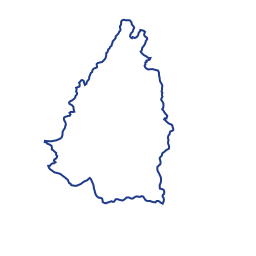 Ladainha, Minas Gerais, Brazil, rotated 132°
{"feature_id": "56859067B31112130253713", "entity_name": "Ladainha", "entity_type": "district", "adm_level": 2, "iso_a3": "BRA", "parent_name": "Brazil", "parent_adm1": "Minas Gerais", "projection": "natural_earth1", "projection_center": [-41.833, -17.606], "detail": "fine", "context": "isolated", "style": "outline", "palette": "blue", "viewbox_px": 256, "rotation_deg": 132, "n_neighbors": 0, "source": "geoboundaries", "source_scale": "gbopen_adm2", "svg_char_len": 4533}
<svg xmlns="http://www.w3.org/2000/svg" viewBox="0 0 256 256"><g transform="rotate(132 128 128)"><path d="M161.0,51.6L159.8,52.1L158.7,52.4L157.4,53.2L156.2,54.7L155.7,56.5L154.7,57.3L152.8,57.1L151.2,58.3L150.3,59.6L150.3,61.1L151.0,62.5L151.7,63.7L150.9,64.6L149.5,66.1L147.4,66.9L145.7,67.7L144.0,69.2L142.8,70.4L142.0,72.2L141.0,74.5L140.3,76.6L139.6,78.0L138.5,79.1L137.0,80.2L135.3,80.0L133.5,79.7L131.7,80.8L130.6,82.2L129.5,84.1L128.4,84.5L127.3,84.4L125.6,84.5L123.9,85.6L121.6,85.1L120.1,84.9L118.7,84.8L117.3,84.2L115.9,83.8L114.7,84.6L113.5,86.2L112.8,87.7L111.4,89.0L109.9,89.8L109.2,90.9L108.2,92.1L106.5,92.9L104.9,92.9L103.4,93.9L102.0,94.2L100.6,93.3L99.2,93.0L98.2,94.0L97.5,95.4L96.3,97.1L96.7,98.9L97.3,100.5L97.5,102.4L97.3,105.0L97.4,106.9L96.1,107.1L95.1,105.8L93.9,106.5L92.6,107.0L92.4,109.3L92.0,111.5L91.4,113.3L91.1,115.2L89.6,115.3L88.3,116.1L87.1,117.1L86.0,118.2L85.3,120.1L84.8,122.3L83.2,123.1L81.6,123.4L81.0,124.6L80.1,125.5L78.9,125.9L78.5,127.4L77.2,128.0L76.2,128.9L75.2,129.7L74.2,130.3L73.2,131.4L72.5,133.3L71.9,135.3L70.8,136.8L69.5,138.1L68.7,139.4L67.5,140.7L66.2,142.0L65.2,144.0L66.4,146.3L67.3,148.1L67.9,149.3L69.2,150.6L70.6,151.7L71.3,153.1L71.5,154.4L71.3,156.1L70.6,157.4L69.0,157.6L67.7,159.0L66.4,158.4L65.6,159.4L64.4,158.6L62.7,157.6L61.0,158.2L62.2,159.4L62.5,161.2L62.6,162.8L63.2,164.8L63.2,166.8L63.1,168.2L62.8,169.7L61.5,169.7L60.2,170.1L59.2,171.0L57.7,171.2L56.1,171.2L54.4,171.6L52.9,172.1L51.7,172.9L50.4,173.0L49.2,173.2L48.2,174.4L48.5,176.1L48.4,177.8L47.0,179.1L45.2,179.6L45.2,181.4L46.2,183.2L46.8,184.4L48.2,183.8L49.7,183.8L51.1,183.2L52.5,182.5L54.8,182.4L56.6,183.2L57.3,185.3L58.6,185.1L58.9,186.5L58.4,187.9L57.0,188.7L55.6,189.1L53.4,189.0L52.1,189.4L51.1,190.1L49.4,190.4L48.8,191.8L48.5,194.5L47.3,195.8L46.7,198.3L47.7,200.0L48.9,201.1L49.7,202.2L50.3,203.4L51.7,204.4L53.5,204.3L54.8,203.1L56.2,202.2L58.0,202.0L58.9,200.9L59.7,199.5L61.0,198.9L62.3,199.0L63.5,198.5L65.0,198.3L66.8,198.4L68.3,198.4L69.4,197.4L70.9,197.3L72.5,197.3L74.0,197.3L75.1,196.5L76.3,196.2L77.8,195.3L79.8,195.5L81.4,194.9L82.6,195.3L84.2,194.5L85.7,194.0L87.0,194.3L87.9,193.4L89.1,192.4L90.5,191.8L91.7,191.3L93.5,191.3L96.4,191.4L97.6,192.5L98.7,193.1L100.1,194.0L101.4,194.1L102.3,193.2L103.5,191.7L104.9,192.1L106.0,192.9L107.6,193.3L109.0,193.0L110.3,192.1L112.2,192.4L114.4,191.5L116.0,191.0L117.1,190.0L118.2,189.6L119.6,189.6L121.4,189.4L123.2,188.4L124.8,188.8L124.0,190.5L122.7,192.4L122.9,194.0L123.9,194.7L125.5,194.5L127.0,194.7L128.0,192.9L129.8,191.8L131.4,192.8L132.9,193.5L133.4,192.3L134.4,191.6L135.7,191.0L136.0,189.4L136.9,188.6L138.3,188.4L139.6,188.4L140.7,187.6L142.0,187.5L143.3,187.7L145.1,188.1L146.7,188.8L148.4,188.9L149.2,187.8L148.9,186.2L148.5,184.5L148.9,182.5L150.2,181.3L151.0,180.1L151.8,178.8L153.1,179.8L154.3,181.3L155.9,181.6L156.5,179.7L157.9,179.5L159.1,180.5L161.3,181.9L163.1,182.5L164.3,181.6L165.1,180.3L165.5,178.8L166.3,177.4L167.2,176.3L168.4,176.0L169.4,175.3L170.6,174.8L172.4,174.6L174.4,174.1L175.8,173.1L177.1,172.0L179.1,171.1L180.8,171.1L182.2,171.7L183.4,172.2L185.3,173.1L186.6,174.2L188.0,175.2L189.6,176.5L190.9,178.1L192.1,179.6L193.1,181.1L194.2,180.4L193.4,179.1L193.6,177.3L192.8,175.2L192.4,173.1L193.5,171.3L194.9,170.3L194.6,168.8L194.7,167.0L194.6,164.7L196.0,163.6L196.2,161.9L197.5,161.2L199.2,161.1L200.5,161.7L202.0,161.1L201.9,159.0L203.7,159.4L205.1,160.6L206.9,160.9L208.3,160.7L209.5,161.9L210.4,160.2L210.8,158.7L210.6,157.2L210.4,154.9L210.2,153.1L209.5,151.7L208.8,150.5L208.1,149.0L207.4,147.5L207.3,145.8L207.2,144.2L207.0,142.3L206.9,140.0L206.8,138.0L207.6,136.4L208.4,134.7L207.8,133.5L208.4,131.9L207.5,130.4L206.5,128.7L205.1,127.4L203.8,126.9L202.5,126.2L200.8,125.5L199.2,125.3L197.9,124.9L196.7,124.7L195.7,124.1L194.2,123.4L192.1,123.2L190.7,123.0L190.8,121.4L191.5,119.8L192.2,118.4L192.8,116.9L193.5,115.6L194.5,114.2L195.5,113.2L196.2,112.2L196.8,110.9L197.7,109.8L198.5,108.5L199.3,106.8L199.6,104.3L199.2,102.8L198.2,101.6L197.8,100.0L198.6,98.7L199.9,97.3L199.5,95.4L198.6,93.9L197.4,93.6L196.3,92.7L194.6,91.9L193.5,91.3L193.1,89.9L192.0,89.1L190.9,89.2L189.5,89.5L188.4,88.8L187.6,87.6L187.1,86.2L186.3,84.9L185.7,83.7L184.5,83.1L182.6,82.7L180.7,82.6L179.3,81.3L178.6,79.6L178.2,78.2L177.0,77.2L175.7,76.9L174.3,76.6L172.8,75.6L171.8,73.7L170.8,72.8L169.6,72.3L168.8,70.8L169.3,68.9L169.9,66.7L169.4,65.2L168.6,63.9L167.5,62.9L166.9,61.1L166.0,59.3L164.8,57.8L163.2,57.9L162.0,56.7L161.6,55.5L161.6,53.7L161.0,51.6Z" fill="none" stroke="#1e3a8a" stroke-width="2"/></g></svg>